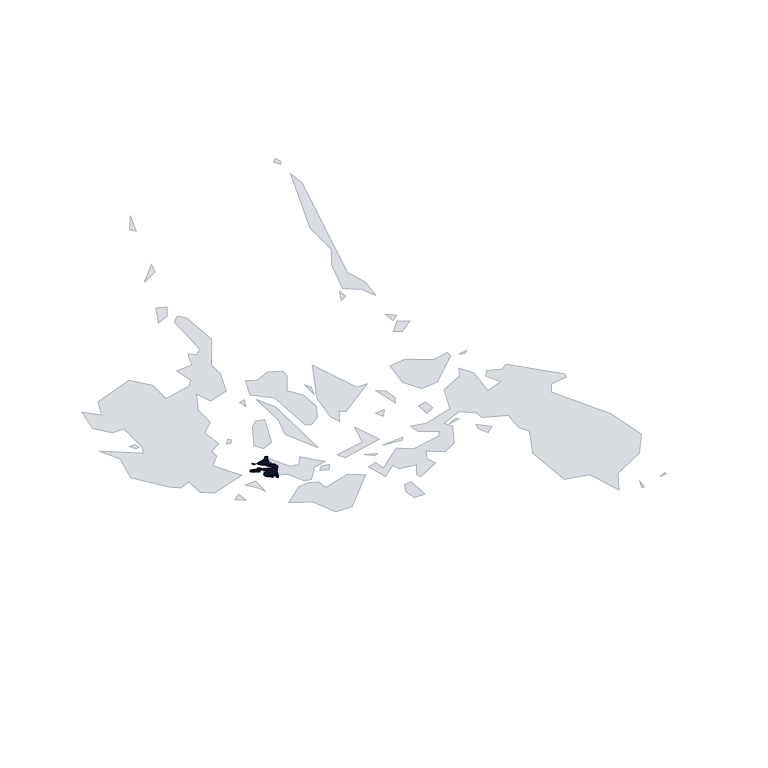 Southern Leyte, Southern Leyte, Philippines shown in context, rotated 110°
{"feature_id": "2640588B85389361952197", "entity_name": "Southern Leyte", "entity_type": "district", "adm_level": 2, "iso_a3": "PHL", "parent_name": "Philippines", "parent_adm1": "Southern Leyte", "projection": "robinson", "projection_center": [125.101, 10.248], "detail": "fine", "context": "in_parent", "style": "filled", "palette": "ink", "viewbox_px": 768, "rotation_deg": 110, "n_neighbors": 0, "source": "geoboundaries", "source_scale": "gbopen_adm2", "svg_char_len": 8549}
<svg xmlns="http://www.w3.org/2000/svg" viewBox="0 0 768 768"><g transform="rotate(110 384 384)"><path d="M361.3,120.4L387.9,133.6L403.1,126.9L398.9,159.7L412.0,182.0L398.0,220.8L378.5,231.2L378.9,242.1L371.0,256.4L381.9,280.6L379.4,287.1L384.4,304.1L400.4,314.0L400.0,305.0L415.5,297.9L426.6,303.3L432.6,321.4L439.7,317.8L440.5,308.5L458.5,317.8L458.1,322.6L448.8,325.7L458.6,341.2L457.3,347.8L470.3,350.9L467.2,370.3L460.6,365.2L463.2,355.8L440.1,350.6L434.8,334.1L414.3,314.9L409.7,315.7L416.9,336.0L414.4,344.4L406.4,330.9L384.8,313.6L369.0,325.6L350.8,315.8L343.5,319.1L342.8,303.3L354.6,284.4L341.7,274.7L341.8,291.1L336.4,292.3L329.7,278.3L323.6,275.9L312.8,217.9L314.9,215.0L326.7,226.5L334.3,223.9L334.3,160.8L343.2,124.8L361.3,120.4ZM518.4,486.4L544.6,506.2L548.7,519.6L542.7,534.3L550.9,538.9L554.3,550.5L558.8,590.0L544.7,606.3L544.6,628.7L531.3,586.5L526.3,589.4L515.1,613.0L522.7,622.3L525.6,642.4L513.9,658.1L509.7,638.7L498.6,646.7L467.7,624.8L464.3,600.5L472.4,583.9L452.7,566.5L446.5,566.9L442.7,583.4L432.0,571.3L422.8,578.4L420.9,570.4L414.6,568.7L397.3,602.3L390.8,601.5L389.4,592.0L401.0,561.2L425.3,552.5L430.4,541.0L444.4,529.9L459.4,541.0L457.6,556.9L472.1,549.4L479.6,534.1L491.5,535.7L496.5,518.8L506.4,523.0L508.9,516.5L519.4,517.0L518.4,486.4ZM440.2,506.3L428.4,515.2L423.7,504.4L412.7,497.7L406.8,483.6L409.4,477.9L423.4,472.7L422.0,455.5L428.1,439.7L438.0,435.2L447.2,438.2L449.3,444.1L434.5,481.9L440.2,506.3ZM510.0,371.9L520.7,385.8L519.1,410.4L528.0,432.9L509.7,429.0L502.5,420.9L498.3,411.9L501.1,403.4L481.2,387.4L475.7,370.2L510.0,371.9ZM389.5,399.7L422.9,410.4L424.9,416.8L434.5,412.9L433.1,423.1L420.3,442.3L390.7,457.9L396.3,408.4L389.5,399.7ZM262.7,507.0L218.3,543.8L223.2,529.4L291.6,456.6L294.7,436.1L303.7,422.0L302.7,436.9L308.4,455.6L290.3,473.8L275.4,479.8L262.7,507.0ZM334.9,331.0L363.9,334.5L375.4,347.0L376.0,367.3L364.9,384.6L353.6,372.6L343.9,345.4L332.6,335.3L334.9,331.0ZM485.9,420.8L498.7,419.6L502.2,426.2L501.8,443.8L511.0,463.6L506.5,468.5L500.8,461.1L502.2,474.9L493.3,469.4L493.5,444.0L489.0,436.6L481.2,438.2L477.0,412.9L485.9,420.8ZM442.1,499.0L442.7,477.7L466.4,423.7L465.2,459.8L454.1,471.0L442.1,499.0ZM486.5,485.1L469.4,492.9L462.6,491.8L458.3,483.8L477.2,469.7L485.9,475.2L486.5,485.1ZM437.4,369.6L466.5,395.1L466.7,403.9L446.0,384.7L434.5,396.8L437.4,369.6ZM477.9,326.3L471.5,330.4L466.5,325.0L473.3,307.9L480.2,316.4L477.9,326.3ZM403.8,616.7L390.6,624.4L385.9,614.1L394.2,610.9L403.8,616.7ZM316.0,381.3L328.4,384.6L331.5,393.2L320.4,393.3L316.0,381.3ZM389.7,330.1L396.9,333.2L392.9,343.9L386.5,338.8L389.7,330.1ZM357.0,637.6L370.6,644.0L351.1,643.5L357.0,637.6ZM526.3,479.8L519.2,471.4L525.5,458.1L524.8,466.2L526.3,479.8ZM397.9,366.7L393.1,389.3L389.8,380.0L392.7,369.0L397.9,366.7ZM325.1,669.1L326.1,675.9L312.6,680.0L325.1,669.1ZM394.1,269.5L393.7,279.7L390.5,284.0L387.1,268.2L394.1,269.5ZM417.8,445.7L411.9,458.7L411.9,451.2L417.8,445.7ZM321.3,397.1L318.0,406.5L315.0,395.6L321.3,397.1ZM487.1,414.7L482.6,414.9L478.1,407.5L483.5,406.6L487.1,414.7ZM414.5,373.4L414.4,381.9L407.9,374.9L414.5,373.4ZM543.9,484.6L537.3,483.0L540.3,473.9L543.9,484.6ZM430.5,347.7L442.2,364.7L427.3,347.9L430.5,347.7ZM320.1,452.8L312.2,457.5L314.4,449.9L320.1,452.8ZM452.4,506.1L450.9,513.3L446.5,509.7L452.4,506.1ZM454.5,368.5L457.1,378.6L451.4,365.8L454.5,368.5ZM213.2,563.7L209.2,563.3L210.1,556.8L213.1,556.1L213.2,563.7ZM494.2,511.7L489.1,512.1L488.7,508.3L491.7,507.6L494.2,511.7ZM529.8,601.8L526.1,597.2L527.3,592.6L529.8,594.8L529.8,601.8ZM328.1,318.5L330.3,324.2L324.2,317.6L328.1,318.5ZM509.7,471.5L511.7,479.1L506.1,469.9L509.7,471.5ZM393.2,106.3L387.3,111.0L391.6,104.1L393.2,106.3ZM399.1,309.0L391.2,304.6L391.3,301.6L399.1,309.0ZM371.9,88.0L376.9,93.3L371.2,89.8L371.9,88.0Z" fill="#d9dde1" stroke="#a8b0b8" stroke-width="1"/><path d="M492.3,468.6L492.4,468.8L492.3,469.0L492.3,469.3L492.4,469.1L492.5,469.3L492.4,469.3L492.5,469.3L492.4,469.5L492.5,469.6L492.4,469.7L492.5,469.8L493.0,470.4L493.0,470.5L493.2,470.8L493.4,470.6L493.7,470.7L494.2,470.9L494.6,470.9L494.8,470.9L495.2,470.8L495.5,470.9L496.1,471.0L496.7,471.1L497.2,471.2L497.4,471.4L497.5,471.7L497.6,471.8L497.7,472.1L497.6,472.3L497.8,472.6L498.1,472.7L498.4,472.6L499.0,473.0L499.3,473.6L499.7,473.8L499.7,474.0L499.8,474.0L500.0,474.3L500.6,474.9L501.2,474.9L501.7,475.1L501.8,475.3L501.7,475.4L501.7,475.5L501.9,475.7L501.9,475.9L502.2,476.1L502.3,476.1L502.3,475.8L502.0,475.1L502.2,474.6L502.3,474.4L502.1,474.1L502.1,472.6L502.0,472.2L501.7,472.1L501.6,471.6L501.6,470.8L501.3,470.3L501.3,470.1L501.4,469.8L501.4,469.7L501.1,469.3L501.0,468.9L500.8,468.8L500.7,468.6L500.7,468.1L500.5,467.6L500.4,467.5L500.6,467.2L500.5,466.8L500.5,466.5L500.7,466.2L500.8,465.8L500.7,465.6L500.7,465.2L500.6,464.3L500.6,463.6L500.4,463.4L500.4,463.1L500.3,462.7L500.3,462.2L500.4,461.9L500.3,461.7L500.2,461.5L500.2,461.4L500.1,460.8L500.2,460.7L500.6,460.5L500.8,460.5L501.6,460.6L501.7,460.8L501.9,461.0L502.1,461.0L502.2,461.3L502.2,461.5L502.4,461.9L502.5,461.9L502.4,461.9L502.5,462.1L502.7,462.5L502.6,462.8L502.7,463.1L502.8,463.2L502.7,463.5L503.2,464.2L503.3,464.3L503.4,464.5L503.5,464.7L503.4,464.9L503.6,465.1L503.7,465.3L503.6,465.5L503.8,465.8L503.9,466.0L504.1,466.8L504.3,467.4L504.6,467.8L504.8,468.0L505.0,468.3L505.3,468.4L505.3,468.6L505.5,468.8L505.6,469.0L505.7,468.9L505.6,469.2L505.7,469.3L505.8,469.3L505.8,469.6L506.1,469.5L506.3,469.2L506.1,468.6L506.1,468.0L506.0,467.8L506.0,467.5L506.0,467.2L505.9,466.9L505.9,466.1L505.8,465.9L505.8,465.5L506.0,464.9L506.3,464.9L506.9,465.2L507.2,465.4L507.5,465.4L507.6,465.6L508.0,465.7L508.5,466.0L508.8,466.1L509.1,466.1L509.5,466.0L509.6,465.9L509.9,465.9L510.3,465.8L510.5,465.7L510.7,465.1L510.7,464.8L510.8,464.6L511.0,464.0L510.9,463.6L511.0,463.3L510.9,462.7L510.8,462.2L510.7,462.0L510.5,461.8L510.5,461.6L510.7,461.3L510.6,460.9L510.4,460.7L510.3,460.4L510.0,460.2L509.9,460.0L509.5,460.3L509.3,460.5L509.1,460.4L508.7,460.0L508.3,459.2L507.8,458.7L507.8,458.2L508.0,458.2L508.0,457.8L508.1,457.3L508.1,457.1L508.2,456.8L508.2,456.7L508.0,456.3L508.1,456.2L507.9,455.9L507.8,455.5L507.7,455.4L507.6,455.2L507.4,455.2L507.3,454.9L507.2,454.6L507.2,454.2L507.4,454.1L507.5,453.8L507.6,453.6L507.7,453.4L507.8,453.3L508.1,453.1L508.1,452.9L508.1,452.7L508.2,452.4L508.1,452.2L508.1,451.9L507.7,451.5L507.4,451.6L507.2,451.9L507.0,452.0L506.5,451.9L505.3,452.8L504.4,453.4L503.9,453.9L504.0,454.0L504.3,454.2L504.1,454.6L503.2,454.7L501.8,454.8L500.8,455.3L500.2,455.4L499.8,455.4L498.6,455.5L497.9,455.5L497.3,456.5L497.2,456.7L497.2,458.4L496.8,459.4L496.8,460.0L497.4,460.9L497.4,461.2L497.6,461.2L497.6,461.3L497.6,461.5L497.6,461.8L497.8,463.1L497.7,463.2L497.8,463.2L497.7,463.2L497.8,463.3L497.8,463.6L497.9,463.8L498.0,464.1L498.0,464.6L498.0,464.8L497.7,465.2L497.6,465.3L497.4,465.5L497.1,465.6L496.6,465.6L496.6,465.8L496.4,465.6L496.3,465.8L496.2,465.8L496.1,466.0L496.3,466.0L496.2,466.2L496.1,466.3L496.0,466.5L495.9,466.7L495.7,466.5L495.3,466.8L495.2,466.8L495.2,467.0L495.2,467.3L495.0,467.5L494.9,467.5L494.8,467.8L494.6,467.9L494.5,468.0L494.4,468.0L494.2,468.1L493.9,468.3L493.8,468.2L493.6,468.2L493.5,468.3L493.5,468.5L493.3,468.5L493.2,468.6L492.8,468.5L492.7,468.6L492.3,468.6ZM509.3,477.6L509.4,477.8L509.6,477.7L509.8,477.8L510.1,478.1L510.3,478.5L510.3,478.9L510.5,479.8L510.8,480.0L511.7,480.0L511.8,479.8L511.9,479.6L512.1,479.4L512.0,478.8L511.9,478.8L511.8,478.4L511.4,478.0L511.2,477.5L511.3,477.2L511.5,476.5L511.3,476.3L511.2,476.3L510.9,476.0L510.8,475.6L510.5,475.3L510.4,474.8L510.1,474.5L510.2,474.3L510.0,474.1L509.9,473.4L509.8,473.0L509.4,472.4L509.3,472.2L509.2,471.9L509.2,471.5L509.1,471.4L509.0,471.0L508.6,471.1L508.4,471.0L508.1,470.9L507.9,470.7L507.3,470.8L506.9,470.5L506.6,470.1L506.2,469.8L506.1,469.6L505.9,469.6L505.8,469.8L505.6,469.9L505.5,469.7L505.5,470.3L505.7,470.6L505.5,470.8L505.5,471.6L505.6,472.2L505.7,472.4L505.8,472.5L505.7,472.7L506.2,473.4L506.2,473.6L506.2,473.8L506.3,473.8L506.7,473.9L506.9,474.0L507.8,474.5L508.0,474.7L508.2,475.1L508.2,475.4L508.6,475.8L508.7,476.1L508.9,476.8L509.1,477.3L509.3,477.4L509.3,477.6ZM503.9,478.4L503.7,478.0L503.6,477.8L503.4,477.8L503.5,478.2L503.7,478.6L503.8,479.3L504.0,479.5L503.8,480.0L503.7,480.1L503.8,480.6L504.1,480.4L504.1,480.0L504.2,479.2L504.0,478.9L504.1,478.7L503.9,478.4ZM509.7,457.8L509.6,457.4L509.4,457.2L509.6,457.0L509.6,456.7L509.4,456.7L509.3,456.9L509.4,457.4L509.6,457.8L509.7,457.8ZM509.6,458.5L509.3,458.4L509.1,458.4L509.3,458.7L509.5,458.6L509.6,458.5Z" fill="#0f172a" stroke="#020617" stroke-width="1.5"/></g></svg>